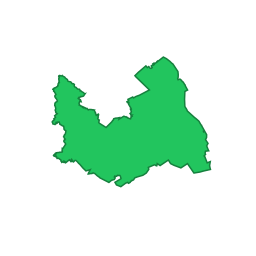 San Felipe, Guanajuato, Mexico (Albers equal-area conic projection), rotated 51°
{"feature_id": "50627088B95947511584751", "entity_name": "San Felipe", "entity_type": "district", "adm_level": 2, "iso_a3": "MEX", "parent_name": "Mexico", "parent_adm1": "Guanajuato", "projection": "albers", "projection_center": [-101.374, 21.488], "detail": "fine", "context": "isolated", "style": "filled", "palette": "green", "viewbox_px": 256, "rotation_deg": 51, "n_neighbors": 0, "source": "geoboundaries", "source_scale": "gbopen_adm2", "svg_char_len": 5786}
<svg xmlns="http://www.w3.org/2000/svg" viewBox="0 0 256 256"><g transform="rotate(51 128 128)"><path d="M171.2,162.5L171.5,161.5L171.6,160.5L171.2,159.5L171.4,158.6L171.2,157.9L171.5,157.6L171.8,156.3L171.0,154.1L172.0,151.2L174.1,146.2L174.5,142.1L173.2,137.8L171.4,137.0L173.2,130.7L173.7,130.3L175.2,129.8L175.5,129.4L174.0,127.7L177.4,126.7L178.3,116.8L182.5,117.3L186.0,115.7L192.3,112.0L193.1,104.2L204.5,105.1L207.5,99.8L209.0,96.3L212.1,90.0L210.7,89.4L208.5,88.2L205.9,85.2L204.9,88.4L198.5,86.3L198.3,86.5L197.6,86.4L197.3,84.3L196.4,84.1L195.5,83.4L195.4,83.1L194.8,82.4L196.5,79.6L195.4,79.4L191.4,78.1L190.3,75.5L185.9,75.1L184.8,72.9L182.7,71.1L179.1,70.5L178.6,71.7L177.9,71.4L178.1,70.3L172.8,69.4L172.2,69.1L171.5,69.3L167.3,68.6L162.7,69.4L162.3,69.6L152.1,71.2L150.6,70.7L147.1,70.3L141.3,66.0L135.4,60.8L136.0,57.8L131.6,57.0L130.4,56.5L129.9,56.6L127.0,56.2L126.6,56.3L126.2,56.6L124.6,56.4L124.1,56.5L123.8,56.7L123.2,56.7L122.8,56.8L122.4,57.4L122.0,58.7L121.6,58.6L120.9,58.3L120.1,57.1L118.3,55.5L115.6,53.7L106.5,52.8L105.7,53.0L105.3,53.2L102.5,53.5L98.3,54.5L95.1,55.9L95.0,62.7L94.6,62.7L94.6,63.7L95.0,63.8L94.8,67.0L93.9,66.9L93.8,68.3L94.5,68.3L94.5,67.9L95.2,67.9L95.1,68.8L94.5,68.8L94.4,70.9L96.3,71.2L96.3,72.4L95.6,73.2L93.3,73.2L93.2,75.0L91.0,75.0L91.2,84.7L91.7,89.7L93.1,89.7L111.9,87.4L109.7,98.5L108.5,102.0L108.1,104.8L106.9,104.8L105.7,110.0L107.2,110.3L106.9,112.3L108.0,112.5L108.8,111.4L109.9,112.6L115.2,113.4L115.5,113.6L115.0,114.3L117.2,114.9L117.4,115.5L118.2,116.1L118.0,116.9L118.0,117.3L118.6,117.3L119.6,117.6L119.7,117.3L120.5,116.6L120.5,117.1L121.4,117.4L121.0,117.9L121.0,118.4L121.7,118.7L121.9,119.5L122.5,120.2L122.4,120.4L120.1,121.9L119.8,121.9L119.6,121.7L119.2,121.9L118.8,122.2L118.4,122.3L118.5,122.5L118.0,122.7L117.5,123.1L116.8,123.4L116.2,123.9L115.5,129.4L114.6,128.0L113.4,130.3L112.6,131.3L111.8,133.2L112.6,134.8L112.6,135.5L113.0,136.6L113.8,144.7L106.5,147.2L105.4,147.3L104.2,145.9L104.0,146.0L103.6,145.8L103.6,145.4L101.9,145.7L101.6,145.6L101.1,144.6L100.0,143.8L99.9,143.5L99.3,142.9L99.3,142.6L98.8,142.3L98.5,142.3L98.2,144.7L95.2,143.7L95.3,143.6L93.0,143.1L92.9,142.8L92.4,143.3L91.7,143.7L91.5,144.3L90.8,144.6L89.1,146.6L88.9,147.5L87.3,147.6L87.1,147.5L86.0,148.9L85.7,148.6L85.8,148.4L83.9,149.3L84.2,150.0L83.6,150.2L83.3,149.6L82.9,149.8L82.7,150.3L82.3,150.3L82.6,150.0L81.1,150.7L81.0,151.0L79.7,151.2L79.4,151.4L79.2,150.9L77.9,150.5L76.8,148.6L77.2,148.7L78.1,147.9L76.1,147.2L74.1,148.1L73.6,148.1L73.3,146.9L73.9,146.5L73.7,145.9L73.9,145.5L73.8,145.0L74.2,144.8L74.2,144.4L74.6,144.0L75.2,142.5L74.4,139.9L74.3,140.2L72.6,140.3L70.5,141.1L69.5,141.2L69.0,141.8L68.6,141.5L67.4,141.3L66.0,142.7L64.1,142.8L63.5,142.9L62.7,143.5L62.0,143.5L60.8,142.8L60.5,142.3L60.3,142.3L59.4,142.5L58.6,143.1L58.5,143.5L57.5,143.6L57.0,143.4L56.1,143.5L54.5,144.8L53.7,145.2L53.3,145.1L52.2,144.6L49.7,145.3L49.0,145.1L48.2,145.3L47.5,145.7L46.4,146.0L46.1,146.3L45.8,146.2L45.8,146.6L45.5,147.1L44.8,147.7L44.4,147.8L44.1,148.1L43.9,148.8L44.3,149.3L44.6,148.9L44.8,149.6L45.4,149.6L46.1,150.8L47.5,151.7L48.0,151.8L48.4,152.3L48.7,152.4L48.9,153.1L49.3,153.3L49.5,153.2L49.5,154.2L50.0,154.9L50.8,155.4L50.8,155.9L51.3,156.3L51.2,156.9L51.3,157.4L51.1,157.7L51.1,158.3L50.9,159.6L50.5,160.0L50.8,160.8L50.5,161.8L50.7,162.1L51.1,161.9L51.0,161.7L51.9,161.9L52.5,162.6L52.9,162.6L53.4,162.3L53.8,162.5L56.6,162.9L56.8,163.8L56.7,164.2L57.3,164.9L57.7,165.1L57.9,165.0L58.4,165.3L59.2,165.4L59.3,165.2L59.6,165.2L61.8,165.6L62.4,165.9L62.6,166.0L62.8,166.8L62.5,167.8L62.6,168.7L62.9,169.3L63.2,169.4L63.2,169.6L64.4,170.8L64.8,170.9L65.2,170.8L67.2,171.8L68.0,172.5L68.0,172.8L68.2,173.3L69.8,173.9L70.1,173.9L70.2,174.2L71.0,174.4L72.3,174.0L72.3,177.3L74.1,177.7L74.2,179.8L75.1,179.8L75.3,182.6L75.6,183.1L76.1,183.3L77.2,183.5L77.5,183.8L79.4,182.5L79.3,181.8L79.4,181.5L79.1,181.3L79.1,181.0L79.7,180.2L79.5,179.7L78.6,180.0L79.4,178.5L79.9,178.3L80.0,177.8L81.8,178.3L82.1,178.6L82.9,178.4L83.8,177.9L84.9,177.7L86.1,176.9L87.8,177.8L88.1,178.1L88.7,178.5L89.8,178.5L91.0,178.0L91.3,178.3L91.6,178.5L91.9,178.9L93.0,180.2L93.3,181.0L93.2,181.1L93.4,181.9L93.6,181.8L93.7,182.0L94.3,183.6L95.1,183.5L95.9,183.9L97.1,183.8L97.1,184.6L97.5,184.8L97.3,185.4L97.7,186.0L98.3,186.4L100.1,186.3L100.8,186.4L101.1,186.8L101.4,186.8L102.9,191.5L102.4,191.9L103.6,192.9L104.0,193.1L104.2,193.6L105.1,193.9L105.2,194.5L104.0,196.2L103.7,196.5L103.7,197.0L103.0,197.8L102.3,199.1L102.0,199.4L102.3,199.9L102.7,200.0L102.8,200.2L102.6,200.4L102.7,200.7L102.1,200.8L102.2,201.1L102.2,201.3L102.5,201.6L102.2,202.3L102.5,203.2L103.2,203.2L103.5,202.9L103.9,202.8L104.3,202.5L104.1,202.3L104.2,201.8L104.9,202.3L105.1,202.1L104.9,202.0L105.1,201.6L105.7,201.7L107.0,202.3L107.8,201.1L110.2,200.4L110.8,200.3L111.4,200.9L112.6,201.0L113.0,201.1L113.1,200.2L113.5,200.1L114.0,199.6L114.6,199.4L115.0,198.7L114.3,199.0L114.1,198.7L113.7,198.5L114.6,198.1L115.8,198.3L115.8,193.6L118.9,193.5L118.3,193.2L118.2,193.0L117.6,192.8L116.9,192.1L116.8,191.5L118.2,191.7L118.9,192.1L119.3,192.1L119.5,191.7L120.1,191.6L119.8,189.8L120.4,188.9L122.4,188.6L124.4,188.6L125.9,188.3L130.8,188.2L134.9,187.7L136.6,183.5L138.3,187.4L138.7,187.9L140.2,185.2L140.7,184.8L140.8,184.1L140.8,183.6L141.3,183.0L141.9,183.0L142.5,182.4L145.6,182.0L148.1,181.3L149.1,181.2L158.3,177.1L158.3,173.7L159.4,171.0L158.8,169.5L158.5,169.3L157.9,169.5L157.5,169.5L157.1,168.5L157.5,168.4L158.0,167.8L158.3,167.2L158.1,166.9L158.3,166.4L158.3,165.9L158.5,165.9L158.8,165.6L159.0,165.0L159.3,164.6L159.6,164.5L159.8,164.2L160.4,164.2L162.7,165.1L163.0,165.4L162.0,172.3L165.0,172.8L168.5,170.8L169.1,170.5L169.4,164.4L169.5,164.0L169.7,163.7L169.8,162.8L170.1,162.4L171.2,162.5Z" fill="#22c55e" stroke="#15803d" stroke-width="1.5"/></g></svg>